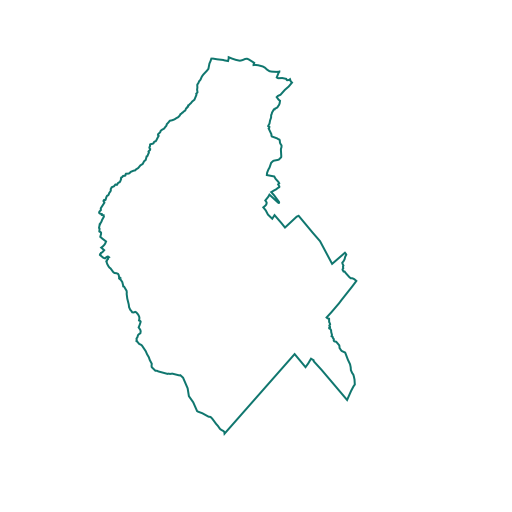 outline of Stefanesti, Vâlcea, Romania, rotated 41°
{"feature_id": "2599482B29956457014719", "entity_name": "Stefanesti", "entity_type": "district", "adm_level": 2, "iso_a3": "ROU", "parent_name": "Romania", "parent_adm1": "Vâlcea", "projection": "albers", "projection_center": [24.21, 44.611], "detail": "fine", "context": "isolated", "style": "outline", "palette": "teal", "viewbox_px": 512, "rotation_deg": 41, "n_neighbors": 0, "source": "geoboundaries", "source_scale": "gbopen_adm2", "svg_char_len": 6149}
<svg xmlns="http://www.w3.org/2000/svg" viewBox="0 0 512 512"><g transform="rotate(41 256 256)"><path d="M419.2,304.9L416.3,295.5L415.1,290.4L414.9,288.2L411.5,284.7L409.0,282.8L407.3,281.7L405.3,281.2L402.5,279.9L400.5,277.9L398.0,276.0L393.4,274.0L387.1,270.6L386.6,270.4L383.2,271.4L382.3,271.4L379.4,270.6L378.1,269.3L377.4,268.8L372.8,268.1L371.2,269.0L370.5,269.0L370.1,268.8L369.3,267.7L367.8,267.4L366.8,266.7L365.7,267.0L365.1,265.7L362.7,264.1L361.4,262.8L360.4,262.4L359.6,262.4L358.9,262.6L358.4,262.4L358.3,262.0L358.6,261.7L358.7,261.3L358.2,260.8L357.2,260.5L356.9,260.3L356.8,259.0L356.1,258.5L354.5,257.8L352.3,255.4L350.9,256.1L349.6,256.1L349.8,249.3L349.7,237.3L349.4,233.1L348.6,215.8L348.1,209.0L345.5,209.0L344.2,209.3L343.0,209.8L342.2,210.6L340.4,210.7L334.9,210.0L333.0,209.6L332.3,210.3L330.3,209.6L330.0,209.0L329.9,208.0L328.8,207.2L328.4,206.5L328.3,205.9L326.2,205.0L325.5,204.4L325.5,202.7L325.0,200.4L324.5,199.4L323.9,198.3L323.4,196.5L323.3,195.8L322.3,195.4L321.0,195.2L318.6,212.0L294.6,202.8L283.3,201.2L261.8,197.7L260.9,199.6L259.4,213.9L259.2,215.5L253.7,214.5L243.2,213.0L243.8,217.2L241.2,217.1L237.8,216.9L233.5,215.2L229.6,214.5L230.0,212.0L230.0,210.5L229.4,209.2L229.1,208.8L228.0,208.3L226.6,208.0L226.4,203.2L225.9,200.9L237.8,201.2L238.3,201.1L238.5,200.8L238.3,200.4L237.9,200.1L229.8,198.3L225.6,197.8L226.6,194.7L227.5,192.4L227.8,190.6L228.4,188.8L228.0,188.2L225.7,187.4L225.8,185.9L224.3,185.4L220.1,184.9L217.6,184.0L211.1,187.8L210.0,186.3L209.5,185.2L208.6,182.5L208.2,180.4L206.3,175.7L206.6,173.1L206.9,172.4L209.4,169.2L210.0,168.2L210.2,165.0L209.6,164.1L205.2,159.6L204.5,158.7L203.8,157.1L203.0,156.1L202.7,155.8L200.9,155.3L199.8,154.8L198.0,153.1L197.3,152.8L196.2,153.2L194.7,153.4L189.5,155.4L188.8,155.1L187.7,154.0L182.0,151.5L182.1,151.0L181.4,149.8L180.1,150.1L179.9,149.9L179.3,147.2L177.7,144.5L176.6,141.7L175.0,139.7L174.7,138.6L174.0,137.2L173.3,133.6L173.9,133.1L173.7,132.2L174.5,130.5L174.6,129.3L174.4,128.4L174.3,127.0L173.8,125.5L172.3,123.1L170.5,123.2L167.4,122.5L167.5,120.9L167.9,119.9L168.7,118.3L168.8,111.5L169.5,106.7L169.4,101.5L167.6,101.4L165.7,100.3L165.5,101.4L164.2,102.9L163.5,102.9L162.6,102.5L159.0,104.5L156.3,107.1L155.5,107.5L154.5,107.6L152.8,102.8L152.8,101.7L152.6,101.5L152.3,102.0L150.7,103.6L146.8,106.6L144.9,107.7L142.0,108.1L139.2,108.0L136.8,108.5L132.5,110.6L129.9,112.4L128.9,113.5L128.4,112.9L127.9,111.4L121.6,112.4L120.0,112.9L119.4,113.4L118.5,114.5L117.4,116.8L116.2,118.6L115.4,119.4L112.1,121.2L108.5,122.7L105.0,123.9L105.9,125.0L107.0,127.2L103.8,129.1L102.6,129.6L97.7,133.0L94.1,135.2L92.8,136.3L93.8,138.7L94.6,141.3L97.3,146.0L97.4,148.4L97.2,153.4L97.3,155.2L97.6,156.8L98.4,159.2L98.5,160.4L98.4,161.3L99.1,163.5L99.2,164.9L99.4,165.4L101.3,167.4L102.4,169.1L104.4,170.8L104.5,171.3L104.4,172.7L105.3,173.4L107.0,178.5L106.5,181.2L106.6,183.5L106.4,184.6L106.4,185.9L106.0,186.9L106.8,187.8L106.4,188.8L106.7,189.5L106.4,190.2L106.6,191.1L107.0,192.0L107.1,192.8L106.6,194.6L106.6,195.8L106.3,196.4L106.3,197.6L105.9,198.4L106.3,200.0L106.2,202.3L105.4,204.3L105.1,205.6L104.4,207.3L103.8,208.2L103.6,208.7L103.1,209.3L102.2,210.5L102.3,212.6L102.2,215.1L102.8,216.2L102.9,216.7L102.9,218.9L103.1,220.0L102.2,222.5L102.0,223.5L102.0,224.2L102.5,225.5L102.2,228.2L102.6,229.0L103.6,229.1L103.9,229.6L104.0,230.6L105.0,234.6L105.0,235.3L104.5,236.0L104.3,236.6L104.4,237.4L104.7,238.2L104.4,239.0L103.0,240.9L102.9,241.3L103.9,242.6L104.3,244.0L105.2,244.6L106.0,244.7L106.4,245.4L106.5,245.9L106.3,246.5L106.3,247.6L106.4,247.8L107.2,248.1L107.6,249.0L107.8,250.0L108.4,251.5L108.4,252.2L108.1,252.6L109.7,255.8L109.4,258.0L110.1,260.9L109.3,263.4L109.4,266.9L108.6,269.5L108.7,270.5L107.6,272.0L106.3,274.6L106.2,275.4L106.2,276.6L105.5,277.7L103.9,279.2L104.0,280.0L104.6,280.9L104.4,281.5L103.2,282.7L103.1,283.3L103.3,283.9L103.3,284.2L102.8,285.2L103.0,285.9L103.7,286.4L104.5,288.6L104.7,289.8L104.3,290.4L104.0,291.7L104.4,293.4L104.2,293.7L103.3,294.0L103.0,294.3L103.1,296.6L102.0,298.7L102.0,299.1L102.3,299.7L102.5,300.9L103.3,301.6L103.8,302.8L103.8,304.3L104.6,306.7L104.6,307.2L104.2,307.9L104.1,308.4L104.5,309.9L105.6,312.3L105.5,312.7L104.6,313.3L104.6,314.0L104.8,314.5L105.2,314.8L106.2,314.9L106.6,315.2L107.5,321.6L107.6,321.9L108.8,323.1L108.7,325.2L109.0,326.0L109.5,326.4L110.2,326.4L110.9,326.2L112.1,325.5L112.7,326.2L114.3,325.2L114.7,325.7L115.4,326.1L116.2,329.9L116.7,331.1L117.0,332.3L117.1,333.9L117.3,333.8L117.8,335.5L119.1,337.8L120.0,338.0L121.7,340.3L122.1,340.3L122.9,339.9L123.7,340.0L124.6,341.0L125.9,343.7L128.7,343.7L133.3,343.4L134.0,345.5L134.2,346.9L134.1,349.3L133.7,351.2L137.6,351.2L137.6,353.4L137.2,355.3L137.0,355.5L137.4,356.3L137.1,356.8L137.1,357.0L137.5,357.6L141.9,357.5L143.5,356.9L143.8,356.6L143.8,355.1L144.3,353.8L144.9,353.4L145.9,353.4L145.6,354.7L146.3,355.4L146.2,356.6L146.7,357.6L146.5,358.2L149.1,359.7L151.6,360.6L153.0,360.9L154.4,360.8L158.8,361.8L160.3,361.7L162.1,360.5L163.6,360.0L165.0,360.5L166.3,361.6L167.3,361.6L166.9,362.0L167.3,362.7L167.7,362.8L169.6,362.7L172.2,363.4L174.8,365.2L175.7,366.0L176.0,365.8L176.7,365.7L181.2,367.2L182.3,368.2L183.3,369.5L186.8,372.6L191.8,376.1L193.8,377.9L196.4,379.1L197.7,379.2L199.5,379.7L200.7,378.9L201.5,377.4L202.7,377.1L205.4,377.5L207.4,378.3L208.4,379.0L209.3,380.1L210.0,381.4L211.4,381.0L212.1,381.3L213.4,384.3L214.3,386.9L217.0,387.6L218.3,388.4L219.2,389.8L219.4,390.2L218.9,392.0L218.9,393.2L219.8,395.1L219.9,396.2L220.1,396.9L221.4,397.9L221.5,398.6L223.2,398.6L225.4,399.0L227.7,398.4L228.7,398.4L235.3,400.2L238.2,401.6L241.5,402.7L244.1,404.2L248.0,405.7L249.3,407.5L250.3,408.3L255.3,408.6L256.0,408.0L257.0,407.4L257.8,407.3L266.6,403.0L266.9,402.4L268.6,401.3L270.0,399.7L276.5,396.4L277.1,395.6L280.8,395.7L291.2,400.7L297.3,405.8L304.6,407.6L313.3,411.7L314.4,411.5L318.6,409.9L325.6,408.4L327.1,407.4L327.9,407.3L329.8,407.5L336.1,408.9L338.6,409.2L342.2,410.1L343.9,410.0L346.1,409.5L347.2,409.5L347.7,409.7L348.8,410.7L349.5,304.7L366.3,307.4L365.9,302.9L364.9,297.4L367.9,296.9L368.7,297.6L380.0,298.9L419.2,304.9Z" fill="none" stroke="#0f766e" stroke-width="2"/></g></svg>